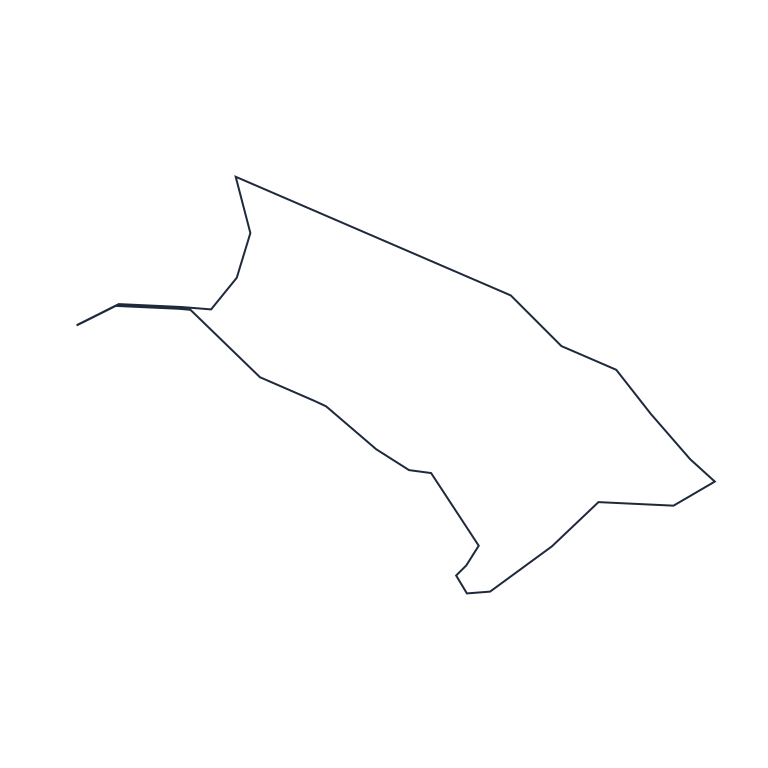 Geumcheon-gu, Seoul, South Korea (Mercator projection), rotated 149°
{"feature_id": "91817680B69479464976516", "entity_name": "Geumcheon-gu", "entity_type": "district", "adm_level": 2, "iso_a3": "KOR", "parent_name": "South Korea", "parent_adm1": "Seoul", "projection": "mercator", "projection_center": [126.913, 37.452], "detail": "fine", "context": "isolated", "style": "outline", "palette": "slate", "viewbox_px": 768, "rotation_deg": 149, "n_neighbors": 0, "source": "geoboundaries", "source_scale": "gbopen_adm2", "svg_char_len": 550}
<svg xmlns="http://www.w3.org/2000/svg" viewBox="0 0 768 768"><g transform="rotate(149 384 384)"><path d="M404.4,638.0L420.8,582.2L455.5,550.9L493.8,537.0L518.1,554.4L570.2,589.1L615.3,592.6L617.3,592.5L573.7,589.1L521.5,554.4L511.7,547.3L486.8,453.6L452.1,405.0L445.1,394.6L424.3,332.1L406.9,297.3L389.5,283.4L386.1,196.6L406.9,186.1L420.8,182.7L420.8,161.8L400.0,151.4L323.5,158.4L261.0,172.3L198.5,130.6L150.7,130.0L160.3,161.8L170.7,220.9L177.6,276.5L212.4,325.1L229.7,394.6L404.4,638.0Z" fill="none" stroke="#1e293b" stroke-width="2"/></g></svg>